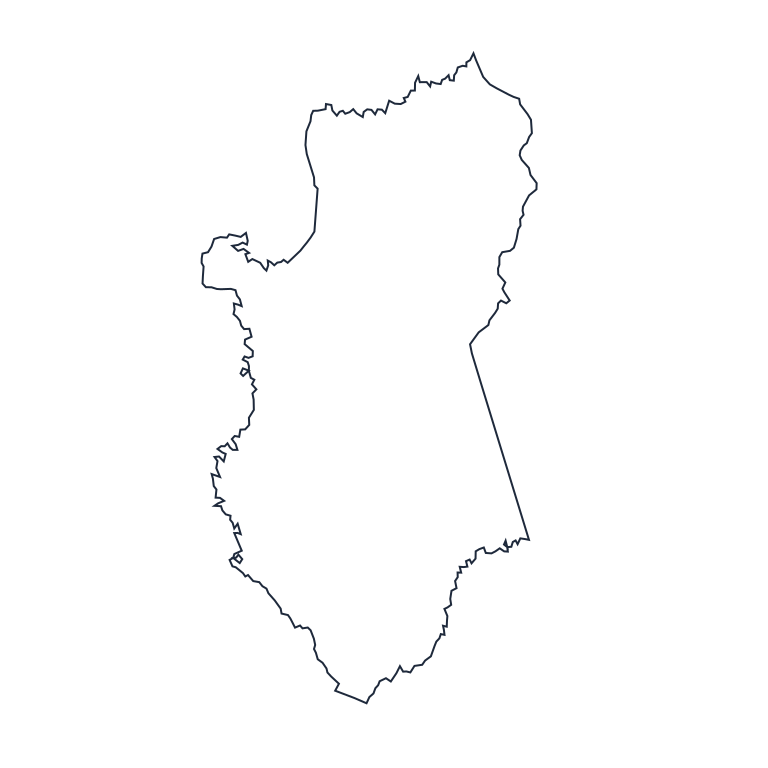 the district of Santa Bárbara do Sul, Rio Grande do Sul, Brazil, rotated 171°
{"feature_id": "56859067B69809545367757", "entity_name": "Santa Bárbara do Sul", "entity_type": "district", "adm_level": 2, "iso_a3": "BRA", "parent_name": "Brazil", "parent_adm1": "Rio Grande do Sul", "projection": "equal_earth", "projection_center": [-53.257, -28.368], "detail": "fine", "context": "isolated", "style": "outline", "palette": "slate", "viewbox_px": 768, "rotation_deg": 171, "n_neighbors": 0, "source": "geoboundaries", "source_scale": "gbopen_adm2", "svg_char_len": 4306}
<svg xmlns="http://www.w3.org/2000/svg" viewBox="0 0 768 768"><g transform="rotate(171 384 384)"><path d="M560.2,235.8L564.0,234.4L562.2,227.6L559.1,226.2L552.9,219.3L551.1,215.6L548.2,216.6L544.0,209.8L538.2,207.8L535.7,203.3L532.1,200.3L530.9,195.4L525.8,187.4L521.2,178.3L521.1,173.3L515.0,170.8L513.2,167.1L511.6,162.3L510.0,157.3L504.7,158.6L502.7,155.4L497.4,155.4L495.0,152.2L493.1,143.4L492.8,137.0L494.6,133.2L493.3,129.2L492.5,122.5L488.3,118.3L485.3,112.0L485.0,107.9L481.9,103.3L475.4,95.0L480.2,88.7L462.4,78.5L451.2,71.4L447.4,77.1L442.8,80.0L440.1,84.9L436.9,87.4L434.8,91.1L428.1,93.1L423.8,89.1L417.0,96.4L412.4,102.8L410.1,96.9L406.9,96.6L403.1,95.0L398.0,100.8L390.2,100.7L386.7,104.4L380.3,107.7L375.0,117.4L372.6,121.4L369.1,124.1L367.0,128.1L363.5,126.8L363.3,131.8L363.5,136.0L360.0,134.5L358.8,140.4L357.7,144.9L359.5,152.4L356.2,153.4L352.2,155.4L352.2,161.3L349.7,169.2L344.3,171.0L344.6,178.3L341.4,181.7L340.8,186.3L337.3,185.6L337.8,191.6L333.8,190.7L330.2,190.6L330.7,196.2L326.9,197.2L325.6,193.2L320.9,197.2L319.6,204.4L315.6,206.0L311.0,206.9L309.9,201.2L304.3,199.9L300.1,201.3L295.4,203.6L291.5,199.9L287.9,199.1L287.8,203.6L283.7,203.3L281.5,207.8L278.5,208.9L277.1,204.9L273.5,210.2L269.0,208.8L265.2,207.4L287.8,367.3L292.4,400.5L292.8,409.8L282.4,420.2L271.7,425.9L269.9,430.4L263.2,436.8L259.9,440.6L258.7,445.8L255.4,448.1L250.6,444.6L246.8,446.8L250.8,455.8L252.1,459.6L248.3,465.3L254.0,474.4L253.3,480.3L251.4,483.8L250.2,491.3L246.6,495.7L238.7,495.8L234.4,498.3L230.4,506.5L227.1,516.0L224.4,519.0L223.8,525.5L219.7,529.3L220.0,533.4L219.0,537.4L211.2,547.6L203.0,552.4L201.8,558.5L206.6,567.5L207.1,574.7L212.9,583.8L214.2,588.7L212.7,593.3L208.6,597.8L205.3,599.5L202.0,605.3L198.7,608.6L197.5,622.0L200.0,628.1L205.8,638.9L205.9,644.6L211.1,647.3L215.4,650.2L226.4,658.4L232.6,663.4L238.0,671.8L242.4,689.3L243.9,696.6L248.3,690.4L252.3,688.8L253.0,684.8L256.5,686.0L261.6,685.1L263.8,680.4L266.4,678.0L267.6,672.7L271.5,673.8L271.9,678.9L275.9,676.0L279.0,675.3L281.1,671.4L285.6,672.7L290.1,675.2L291.9,670.7L294.6,675.5L301.4,676.5L302.0,682.8L306.2,676.7L307.6,669.0L311.6,669.6L315.7,663.8L319.7,663.4L318.7,659.5L323.7,657.9L329.5,659.2L334.6,663.0L340.4,651.3L343.2,655.3L347.4,656.3L350.6,651.7L353.5,656.7L357.6,657.9L361.5,655.9L363.2,651.0L368.7,655.6L371.4,660.3L375.3,657.9L380.0,657.0L381.9,660.3L385.3,659.8L388.6,656.4L392.2,662.2L392.4,667.8L397.5,669.6L398.7,664.6L406.6,664.3L411.2,664.9L413.8,661.0L415.5,655.0L421.1,645.7L424.2,632.3L424.3,623.2L420.8,599.0L421.7,591.1L419.0,587.3L428.9,545.4L433.6,540.1L438.2,535.6L441.7,532.5L445.7,528.8L450.9,525.2L460.2,518.8L463.7,522.4L466.6,520.6L470.4,520.6L473.8,518.4L476.6,521.9L479.5,524.1L479.8,519.3L482.4,514.4L484.6,517.3L487.3,523.1L494.5,528.0L499.0,525.9L500.6,533.9L496.8,534.6L501.6,539.4L507.3,538.3L512.2,544.2L506.2,544.2L501.5,545.8L497.6,543.1L496.2,546.7L496.7,554.8L502.5,551.7L507.6,553.8L513.5,556.0L516.2,553.1L522.6,554.7L529.1,553.8L532.9,546.7L537.2,541.7L542.9,541.2L544.4,536.5L545.2,532.1L543.8,528.3L546.0,518.8L547.5,511.6L544.8,507.5L539.2,506.5L534.2,504.0L530.2,503.1L525.3,502.5L520.4,501.9L516.0,499.9L515.4,494.3L513.1,490.1L512.4,483.2L515.7,485.2L519.7,487.0L519.9,481.0L521.7,476.6L518.8,473.2L516.4,468.9L515.9,464.0L513.6,460.1L508.3,459.6L507.4,451.4L514.3,449.6L515.4,445.2L508.4,437.1L509.4,431.9L513.7,431.0L517.4,433.0L519.7,430.2L515.2,426.9L514.6,422.8L515.4,418.3L514.6,410.9L511.4,408.5L514.5,404.3L510.9,398.7L515.4,395.3L515.2,389.0L516.6,378.8L522.7,371.8L523.5,364.7L528.2,360.9L533.0,361.4L535.3,354.5L539.6,356.0L542.9,353.4L539.9,347.7L539.1,341.9L543.7,342.6L546.0,345.3L547.9,349.9L551.1,347.4L554.5,348.1L558.6,345.9L554.4,341.7L551.3,339.7L554.4,332.6L558.3,338.2L562.8,338.4L560.5,333.9L562.8,327.2L560.5,317.8L568.3,322.0L567.8,317.3L568.1,309.8L566.0,306.0L568.1,298.1L563.8,297.2L560.2,293.6L566.5,292.1L570.5,290.2L564.1,288.8L563.4,284.4L560.7,280.0L556.2,277.9L557.2,274.0L555.2,270.6L554.5,264.7L550.4,268.9L549.0,258.1L551.9,259.8L555.2,260.2L550.6,241.6L558.4,239.5L560.2,235.8ZM560.2,235.8L557.1,235.7L554.5,238.2L551.4,233.2L554.5,229.7L560.2,235.8ZM287.8,203.6L290.6,206.7L288.4,210.2L287.8,203.6ZM515.4,418.3L520.9,421.5L524.0,416.9L521.9,414.0L515.4,418.3Z" fill="none" stroke="#1e293b" stroke-width="2"/></g></svg>